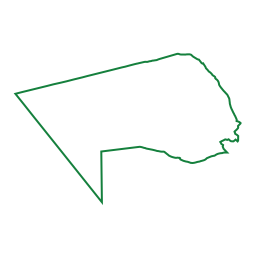 Seme, Nyanza, Kenya (Equal Earth projection), rotated 90°
{"feature_id": "3690345B94022064198400", "entity_name": "Seme", "entity_type": "district", "adm_level": 2, "iso_a3": "KEN", "parent_name": "Kenya", "parent_adm1": "Nyanza", "projection": "equal_earth", "projection_center": [34.518, -0.156], "detail": "fine", "context": "isolated", "style": "outline", "palette": "green", "viewbox_px": 256, "rotation_deg": 90, "n_neighbors": 0, "source": "geoboundaries", "source_scale": "gbopen_adm2", "svg_char_len": 3447}
<svg xmlns="http://www.w3.org/2000/svg" viewBox="0 0 256 256"><g transform="rotate(90 128 128)"><path d="M54.8,64.8L54.3,66.4L54.3,67.3L54.3,68.2L54.4,68.9L54.4,69.6L54.5,70.3L54.6,70.9L54.5,71.7L54.5,72.5L54.5,73.4L54.5,74.5L54.5,75.2L54.4,75.9L54.2,76.6L53.9,77.3L53.9,78.0L53.8,78.6L59.0,96.5L59.3,97.4L59.6,98.2L60.0,99.1L60.2,100.0L60.3,101.0L60.5,102.1L60.6,103.1L60.7,103.9L61.0,104.6L61.2,105.7L61.3,106.7L61.6,107.6L61.9,108.7L61.9,109.7L61.8,110.7L61.9,111.5L63.3,117.6L63.5,118.3L63.6,119.0L64.3,121.9L65.5,126.5L66.7,130.9L67.4,134.1L69.7,143.2L76.1,168.9L77.3,173.4L79.5,182.4L81.3,189.4L82.7,195.3L84.3,202.5L85.9,208.7L92.2,234.4L93.8,240.6L104.9,231.7L117.9,221.4L121.5,218.5L146.0,198.9L202.2,154.1L151.5,154.7L146.9,117.1L146.8,116.1L147.0,115.0L147.3,113.7L147.8,112.2L148.1,110.7L148.4,110.1L148.7,109.0L148.9,107.8L149.2,106.3L149.4,105.3L149.7,103.7L150.2,101.6L150.5,100.4L150.8,99.5L151.0,98.6L151.1,97.6L151.3,96.7L151.6,95.1L151.7,94.1L151.7,92.9L151.7,92.1L152.0,91.4L152.7,90.7L153.3,89.8L153.7,89.4L154.2,88.7L154.6,88.2L155.2,87.5L155.7,86.9L156.0,86.2L156.5,85.2L156.7,84.6L157.1,83.6L157.2,83.0L157.4,82.4L157.6,81.5L157.8,80.7L157.8,79.9L157.8,79.2L157.7,78.6L157.7,78.0L157.9,77.2L157.8,76.6L158.2,75.9L158.9,75.9L159.4,75.6L159.7,75.1L160.3,73.7L160.8,72.6L161.2,71.2L161.5,70.1L161.7,69.0L161.8,68.3L162.2,67.2L162.4,66.4L162.8,65.6L162.9,64.7L163.0,63.7L162.9,62.6L162.8,61.9L162.6,61.0L162.3,59.8L162.0,58.9L161.8,58.0L161.7,57.3L161.5,56.3L161.1,55.3L160.9,54.4L160.6,53.4L160.4,52.7L160.2,52.0L159.8,51.2L159.5,50.6L159.1,50.1L158.5,49.5L158.0,48.8L157.8,48.2L157.5,47.5L157.2,46.8L156.8,45.8L156.5,45.1L156.2,44.2L156.0,43.1L155.8,42.3L155.7,41.5L155.4,41.0L155.0,40.4L154.6,39.8L154.3,39.2L153.9,38.3L153.6,37.2L153.4,36.4L153.2,35.3L153.1,33.9L152.9,33.3L152.7,32.7L152.6,31.9L152.5,31.1L152.5,30.3L152.5,28.9L148.8,32.4L146.6,33.3L145.8,33.0L145.0,32.9L144.4,33.9L144.0,34.6L143.1,35.0L142.6,35.3L142.0,35.7L141.7,35.2L141.3,34.6L140.5,32.9L140.0,31.9L139.4,30.8L139.5,30.1L139.7,29.6L139.9,28.7L139.3,27.4L139.9,26.7L140.4,26.2L140.9,25.5L141.2,25.0L141.3,24.1L141.3,22.5L140.2,21.1L139.6,20.4L141.4,18.4L140.7,17.9L136.0,17.8L135.0,18.9L134.1,20.3L133.8,20.8L133.4,20.9L132.8,21.0L132.2,21.3L131.7,21.5L131.2,21.1L129.6,19.3L128.9,18.7L128.3,18.1L127.4,17.8L126.8,17.9L126.0,18.0L124.8,16.8L124.3,16.3L123.7,15.7L123.1,15.4L122.7,15.7L122.4,16.3L122.0,16.8L121.7,17.5L121.3,18.4L121.1,19.4L120.5,19.4L119.8,19.3L119.3,19.4L118.9,19.6L118.2,19.9L117.3,20.3L116.9,20.5L116.3,20.7L115.0,21.5L113.6,22.1L113.0,22.5L112.4,22.8L110.7,23.6L110.0,23.9L109.3,24.3L107.9,24.9L107.4,25.1L106.8,25.3L105.7,25.6L103.9,26.1L103.4,26.2L102.9,26.2L98.9,26.7L98.3,26.9L95.1,28.5L94.6,28.8L93.9,29.5L92.9,30.4L92.5,30.8L92.0,31.2L91.2,32.0L90.8,32.4L90.4,32.7L89.6,33.4L89.1,33.8L88.7,34.1L88.2,34.5L87.8,34.9L87.2,35.3L86.5,35.8L86.1,36.1L85.6,36.4L85.1,36.7L84.5,36.9L84.0,37.0L83.4,37.1L82.6,37.3L82.0,37.5L81.6,37.7L81.2,37.9L80.6,38.3L80.1,38.7L79.7,39.1L79.3,39.6L78.9,40.2L78.1,40.8L77.6,40.7L77.0,40.9L76.4,41.6L75.9,42.3L75.4,43.1L75.0,43.6L74.3,44.0L73.7,44.5L73.1,45.1L72.4,45.8L71.9,46.6L71.4,47.3L70.8,47.7L70.2,48.2L69.6,48.7L69.1,49.2L68.7,49.6L68.3,50.0L67.6,50.3L67.0,50.5L66.5,50.8L63.3,52.9L63.6,53.6L63.0,54.5L61.9,55.3L59.6,57.1L59.5,57.8L59.3,58.4L59.0,59.0L58.6,59.7L58.1,60.4L57.8,61.0L57.3,61.7L56.9,62.5L56.4,63.1L55.9,63.7L54.8,64.8Z" fill="none" stroke="#15803d" stroke-width="2"/></g></svg>